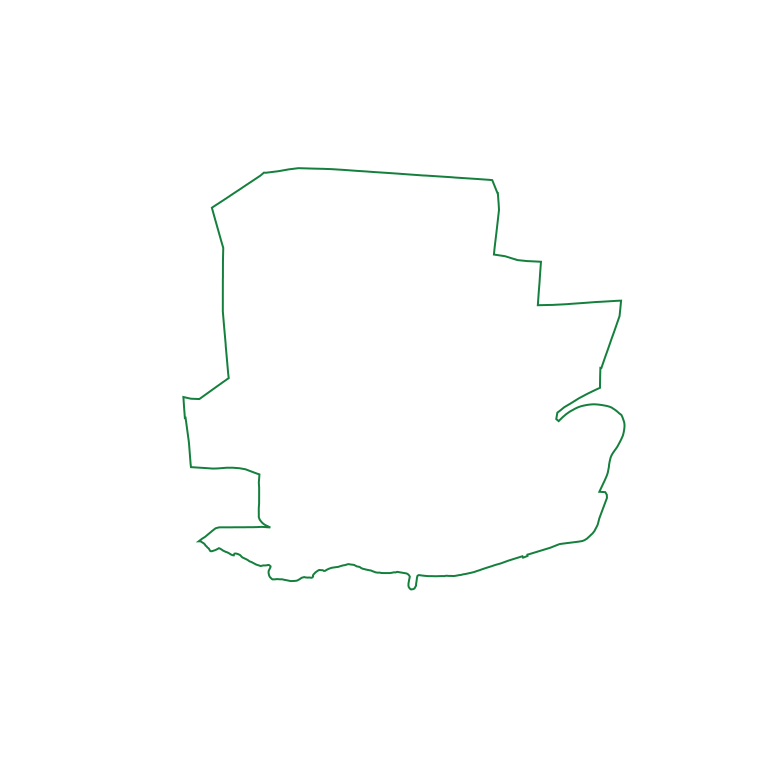 Comuna 14, Ciudad de Buenos Aires, Argentina, rotated 145°
{"feature_id": "61730980B11409583290546", "entity_name": "Comuna 14", "entity_type": "district", "adm_level": 2, "iso_a3": "ARG", "parent_name": "Argentina", "parent_adm1": "Ciudad de Buenos Aires", "projection": "albers", "projection_center": [-58.419, -34.574], "detail": "fine", "context": "isolated", "style": "outline", "palette": "green", "viewbox_px": 768, "rotation_deg": 145, "n_neighbors": 0, "source": "geoboundaries", "source_scale": "gbopen_adm2", "svg_char_len": 5710}
<svg xmlns="http://www.w3.org/2000/svg" viewBox="0 0 768 768"><g transform="rotate(145 384 384)"><path d="M181.3,475.0L181.6,475.1L178.4,488.9L180.1,490.4L189.6,498.1L207.3,512.3L209.9,514.5L217.9,520.9L224.4,526.1L231.0,531.4L232.0,532.1L234.2,533.9L235.8,535.2L243.8,541.7L251.9,548.3L253.0,549.2L259.2,554.2L267.3,560.7L269.3,562.3L275.1,567.0L275.3,567.2L284.4,574.5L294.1,582.4L302.1,588.8L304.0,590.3L310.1,594.9L310.2,595.0L311.6,596.0L320.8,602.8L329.9,609.6L330.5,610.0L336.6,613.2L338.4,614.2L348.5,618.9L359.6,624.8L361.1,626.0L365.6,625.6L366.4,625.6L374.7,625.8L386.1,626.1L388.4,626.1L398.9,626.4L411.4,626.7L422.6,627.1L423.9,627.1L428.1,615.2L432.1,603.7L435.7,593.4L437.6,587.7L445.1,577.5L450.6,569.7L454.1,564.7L454.7,563.8L455.3,563.1L465.0,549.3L474.4,535.9L479.4,527.3L483.4,520.4L491.0,507.2L491.9,505.8L495.4,499.7L505.9,481.5L507.8,477.9L514.7,477.9L526.1,477.8L543.0,477.6L543.9,477.6L548.9,481.4L550.1,482.3L550.8,482.9L555.8,488.4L561.0,479.8L566.6,470.4L565.9,470.2L576.6,449.4L577.8,447.2L586.7,432.1L588.2,429.6L589.8,426.6L578.4,417.5L572.6,412.8L568.6,410.2L561.0,405.7L556.1,402.3L550.7,397.9L546.4,393.6L539.9,384.1L537.9,381.4L539.1,379.9L543.2,374.9L545.6,370.9L554.8,357.8L557.9,354.0L561.4,348.9L562.9,346.8L563.6,344.3L563.6,342.6L563.4,340.5L563.0,338.7L562.1,336.4L559.4,331.7L566.1,337.1L566.7,337.5L570.7,340.0L574.4,342.5L601.4,361.2L604.7,362.4L608.9,362.2L618.4,361.4L621.9,361.6L626.0,361.4L625.1,360.8L624.3,360.0L623.8,358.5L623.1,357.1L622.7,355.0L622.9,354.2L622.5,352.8L622.4,351.4L621.9,349.7L622.0,348.8L622.1,346.8L622.0,346.6L621.0,345.8L617.5,344.7L614.9,344.3L613.4,344.2L612.8,343.3L612.1,341.8L611.4,339.9L609.9,337.2L609.1,336.2L608.2,334.6L607.6,333.2L607.0,331.8L606.2,330.6L605.3,329.8L604.8,330.3L603.8,330.8L602.8,330.3L602.1,329.6L601.2,328.5L600.2,326.8L599.9,325.8L599.8,324.7L599.5,323.2L597.8,320.3L596.6,318.0L595.9,315.9L594.7,314.2L592.2,309.3L590.5,307.1L589.6,305.8L588.7,305.3L587.6,304.9L586.6,304.4L585.4,303.5L584.3,302.9L583.6,302.5L583.0,302.4L582.0,301.6L581.5,299.8L581.8,299.3L582.5,298.8L584.0,298.0L585.4,297.2L585.9,296.8L586.8,295.7L587.4,294.3L587.9,293.1L588.2,291.4L588.0,290.2L587.7,288.6L587.2,287.7L586.8,287.5L586.2,287.1L585.4,286.6L584.5,286.0L583.7,285.7L582.6,284.8L581.0,283.5L579.6,282.6L578.9,281.8L577.4,280.2L576.4,279.2L574.8,277.5L573.7,276.3L572.6,275.5L570.7,274.3L568.5,273.0L567.0,272.7L565.1,272.5L564.4,272.5L562.6,272.5L560.1,271.6L559.1,270.4L558.4,269.9L558.0,269.5L557.1,268.9L555.9,268.1L554.6,266.9L553.5,266.6L552.5,267.0L552.0,267.9L551.0,268.4L548.1,269.0L544.8,269.0L543.7,268.8L542.9,268.1L541.9,267.3L541.0,266.6L540.5,265.4L539.3,264.7L537.8,264.7L535.2,264.3L532.4,263.5L529.3,262.0L526.5,260.5L523.9,259.7L521.6,258.9L520.0,258.1L516.7,257.0L515.6,256.1L515.2,255.6L513.4,254.0L512.3,253.0L511.6,251.6L510.9,250.2L510.0,249.3L508.9,248.1L508.4,246.7L507.5,245.0L506.5,243.9L504.8,241.9L501.5,238.5L500.9,237.4L500.2,236.5L499.6,235.5L498.6,234.2L497.0,232.8L495.7,232.0L494.6,230.7L492.8,229.4L490.4,227.7L487.7,225.8L486.1,225.0L483.8,224.0L482.6,223.0L481.0,222.6L474.3,216.0L473.8,215.2L473.4,214.1L473.2,212.6L473.4,211.3L474.2,210.6L475.7,209.2L478.5,206.4L479.9,204.4L480.1,203.7L480.2,202.5L480.2,201.5L479.9,200.9L479.7,200.2L478.5,199.6L477.7,199.2L477.0,199.1L475.9,199.2L474.8,199.8L473.5,200.4L472.1,202.1L469.7,204.6L468.3,206.2L467.4,207.0L466.5,207.7L465.1,207.5L464.4,206.9L462.8,205.4L460.2,203.1L458.0,201.3L456.3,200.1L453.3,197.9L451.4,196.5L449.5,195.3L448.0,194.3L446.1,193.0L444.9,192.1L442.9,191.2L441.0,189.6L439.0,188.2L436.9,186.6L435.1,185.7L432.4,184.5L430.1,183.3L428.6,182.8L425.9,181.5L423.5,180.5L421.6,179.7L418.1,178.3L415.1,177.5L413.0,176.8L410.0,176.0L405.0,174.5L400.6,173.1L396.5,171.9L391.4,170.1L383.2,167.9L369.4,163.5L369.7,162.0L365.1,160.8L364.6,161.9L364.4,162.0L363.2,161.5L341.7,154.5L332.1,152.2L330.9,151.6L327.4,149.8L317.4,144.5L315.5,143.5L314.9,143.2L311.8,141.7L309.6,141.1L306.5,140.9L298.8,142.0L296.1,142.8L290.1,145.9L288.8,146.9L284.6,150.5L275.0,157.1L266.7,162.8L265.0,165.5L264.8,168.5L269.4,172.2L260.3,177.4L259.0,178.1L257.9,178.8L255.7,180.1L253.4,181.6L251.2,183.3L248.7,185.8L247.4,187.0L245.9,188.8L243.9,190.8L241.9,192.6L240.5,193.8L238.8,194.9L236.3,196.1L233.3,197.2L229.3,198.6L226.4,200.0L223.1,201.7L220.6,203.1L217.8,204.8L215.4,206.9L213.2,209.1L211.4,211.2L210.1,213.1L209.2,214.9L208.5,217.2L207.7,220.1L207.4,221.8L207.3,222.6L207.8,224.0L208.1,224.9L208.4,226.2L208.8,227.9L209.5,230.2L210.4,232.4L211.0,234.0L211.9,235.5L213.6,237.7L215.0,239.2L216.4,240.6L217.7,241.9L220.1,244.1L221.8,245.5L223.7,247.0L225.6,248.2L228.3,249.7L230.4,250.7L232.2,251.5L234.1,252.3L236.4,253.1L239.2,253.8L242.4,254.3L243.0,254.3L243.9,254.4L244.5,254.5L245.7,254.6L246.6,254.7L247.5,254.8L248.0,254.8L248.6,254.8L249.5,254.8L250.2,254.8L250.7,254.8L251.4,254.8L252.3,254.8L253.1,254.7L253.8,254.6L254.8,254.5L255.5,254.5L256.1,254.4L257.0,254.3L257.6,254.2L258.5,254.0L259.5,253.9L260.8,253.7L261.6,253.5L262.2,253.4L263.0,256.5L262.3,257.2L258.4,261.1L254.8,261.2L249.7,261.6L242.1,261.0L232.5,260.5L222.8,259.3L214.7,258.0L209.2,257.0L207.7,259.2L206.4,261.0L202.4,266.5L197.5,273.1L196.8,272.4L188.1,278.7L179.8,284.6L172.1,290.2L167.4,293.5L164.3,295.7L156.7,301.2L152.7,304.1L152.2,304.4L147.6,309.7L142.0,316.3L145.4,318.5L159.1,326.9L162.1,328.8L163.7,329.8L170.5,333.8L186.5,343.4L188.1,344.3L194.0,348.0L197.5,350.2L200.4,352.0L202.6,353.5L212.8,360.3L204.7,370.3L198.5,377.8L192.4,385.4L185.3,394.1L194.3,401.1L195.9,402.3L203.2,408.6L203.7,409.1L211.6,419.3L219.7,427.0L214.7,432.8L206.0,442.5L199.7,449.6L189.9,460.7L187.0,465.4L181.3,475.0Z" fill="none" stroke="#15803d" stroke-width="2"/></g></svg>